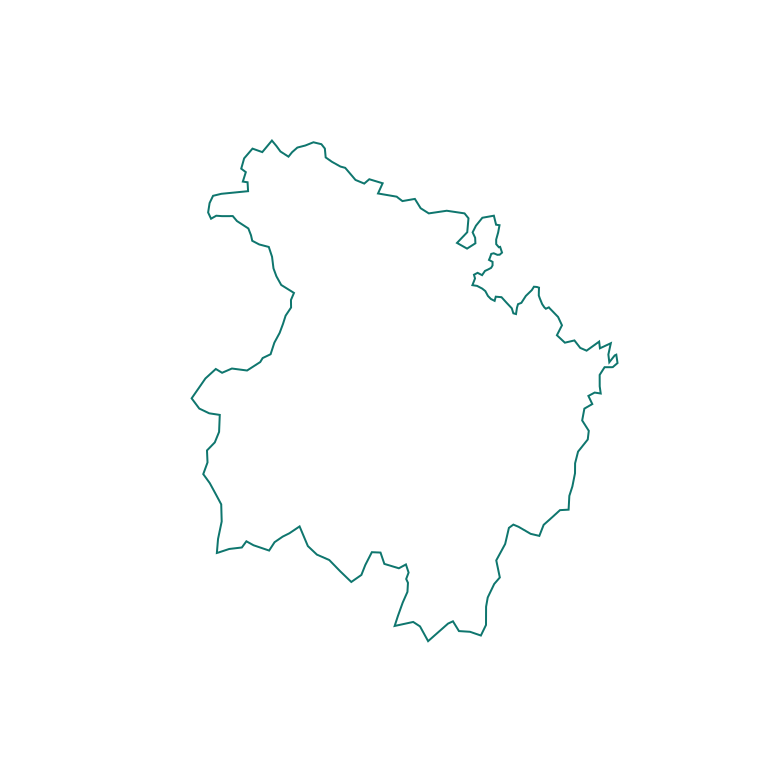 Tera, Paphos, Cyprus (Robinson projection), rotated 335°
{"feature_id": "46923920B5326645016931", "entity_name": "Tera", "entity_type": "district", "adm_level": 2, "iso_a3": "CYP", "parent_name": "Cyprus", "parent_adm1": "Paphos", "projection": "robinson", "projection_center": [32.428, 34.979], "detail": "fine", "context": "isolated", "style": "outline", "palette": "teal", "viewbox_px": 768, "rotation_deg": 335, "n_neighbors": 0, "source": "geoboundaries", "source_scale": "gbopen_adm2", "svg_char_len": 2938}
<svg xmlns="http://www.w3.org/2000/svg" viewBox="0 0 768 768"><g transform="rotate(335 384 384)"><path d="M565.8,384.2L562.5,384.2L561.7,382.3L561.1,378.4L561.4,372.2L561.7,369.2L563.3,365.9L565.2,362.2L563.6,360.7L561.0,359.2L557.6,361.4L549.8,364.1L542.8,368.5L539.2,368.3L536.8,371.0L533.2,376.4L531.1,374.6L531.8,369.4L529.4,362.1L527.2,355.0L522.2,352.1L519.4,355.4L516.8,352.1L515.4,348.1L515.1,342.6L513.3,339.0L509.8,334.4L505.9,331.8L511.1,326.8L511.7,323.0L515.8,322.8L518.9,326.8L523.3,324.2L526.9,324.2L530.2,324.0L532.5,322.4L534.0,319.2L531.6,315.9L533.5,314.2L536.2,311.4L538.7,311.9L541.3,314.8L543.5,315.7L546.5,314.8L547.2,308.8L545.9,308.6L544.8,304.7L546.7,300.5L551.5,294.9L555.8,288.9L552.9,287.0L554.7,277.9L543.4,274.9L534.2,279.4L528.4,284.0L528.4,290.0L526.3,295.1L516.5,296.4L509.8,287.0L523.6,281.6L530.6,269.5L529.1,263.4L514.1,253.5L496.7,248.3L491.5,240.2L490.2,229.3L478.0,226.0L475.6,221.5L474.7,219.6L459.1,208.8L467.6,201.5L457.2,192.2L450.8,194.0L444.4,187.0L440.2,171.7L436.4,168.5L430.7,160.6L426.9,154.0L429.9,145.6L428.6,140.2L422.2,135.1L413.5,134.6L405.4,133.1L398.6,135.1L393.5,137.6L388.4,129.5L387.1,122.9L385.3,116.0L371.7,122.4L364.3,115.1L352.6,120.4L345.6,128.5L348.3,133.6L341.6,140.9L345.6,143.5L342.3,151.8L317.0,142.9L308.6,141.2L302.4,146.3L297.1,154.2L297.1,161.1L303.1,160.6L308.3,163.5L317.9,167.9L319.6,174.2L326.8,185.7L326.3,193.1L325.1,198.5L329.9,204.8L337.5,211.1L336.3,221.4L332.7,232.5L332.0,241.0L332.7,250.8L340.9,263.4L335.2,268.5L332.1,275.4L323.7,280.5L317.9,286.8L311.0,293.6L302.1,300.2L293.8,309.1L285.0,309.2L281.1,311.8L265.6,313.9L252.7,305.7L242.0,305.4L237.9,299.3L224.5,303.5L203.6,315.7L206.2,328.2L213.2,336.7L222.1,342.6L214.3,357.7L206.0,365.4L195.5,369.4L190.9,380.5L182.1,389.3L184.2,400.2L185.0,413.2L185.6,424.3L178.8,440.0L168.1,454.3L161.1,466.5L163.0,466.8L174.0,468.1L186.1,472.1L192.8,468.4L197.6,475.0L209.5,486.4L218.0,481.1L227.7,479.5L235.2,479.3L247.3,477.4L246.5,498.7L251.1,510.3L260.0,520.4L265.3,535.6L270.7,549.6L282.8,547.5L290.6,540.1L301.9,531.3L309.6,535.3L308.3,547.2L319.6,557.3L327.6,556.8L326.6,565.3L321.7,570.1L321.7,574.3L317.4,582.3L308.6,590.0L298.4,600.3L291.4,607.8L309.9,612.0L314.2,618.9L315.3,635.7L340.8,628.2L346.2,628.2L347.5,639.6L357.2,644.9L365.5,652.9L374.6,645.5L382.4,629.0L387.8,621.3L399.4,611.8L407.2,608.3L411.2,591.3L426.2,580.2L436.4,567.2L441.8,566.1L445.6,570.3L453.6,581.8L460.6,587.3L469.2,579.1L477.3,576.7L490.2,572.7L498.2,575.9L504.7,563.7L511.4,556.5L519.4,545.6L523.7,536.6L531.3,527.3L545.2,520.4L549.8,513.0L548.2,500.8L555.2,491.0L564.3,490.2L564.2,481.2L571.3,480.8L576.4,484.2L578.5,477.3L583.3,466.9L591.0,462.0L598.4,465.4L604.5,463.7L606.9,455.6L605.2,455.6L597.4,459.5L599.8,452.1L606.8,442.9L594.8,442.9L596.9,436.5L581.7,439.4L577.1,434.2L575.0,425.0L565.4,423.0L561.3,412.9L570.1,406.0L570.1,396.8L566.0,385.0L565.8,384.2Z" fill="none" stroke="#0f766e" stroke-width="2"/></g></svg>